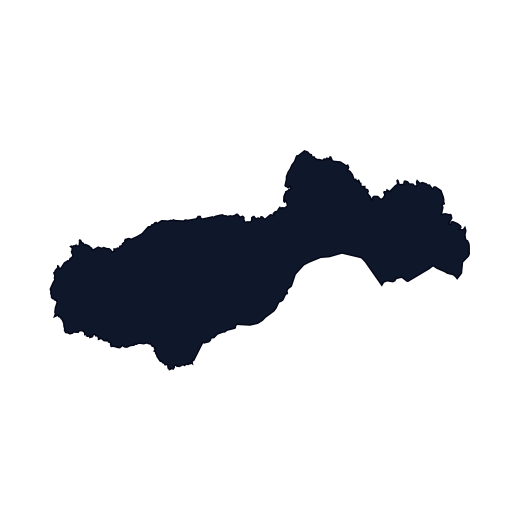 outline of Mucajaí, Roraima, Brazil, rotated 347°
{"feature_id": "56859067B90019213864957", "entity_name": "Mucajaí", "entity_type": "district", "adm_level": 2, "iso_a3": "BRA", "parent_name": "Brazil", "parent_adm1": "Roraima", "projection": "natural_earth1", "projection_center": [-62.094, 2.526], "detail": "fine", "context": "isolated", "style": "filled", "palette": "ink", "viewbox_px": 512, "rotation_deg": 347, "n_neighbors": 0, "source": "geoboundaries", "source_scale": "gbopen_adm2", "svg_char_len": 6058}
<svg xmlns="http://www.w3.org/2000/svg" viewBox="0 0 512 512"><g transform="rotate(347 256 256)"><path d="M77.4,205.1L78.8,206.7L78.0,209.4L77.2,210.1L77.2,211.7L78.0,213.7L77.0,215.3L75.8,216.4L74.4,216.5L73.2,218.4L71.8,218.7L71.1,218.3L69.7,219.5L69.0,219.1L67.5,219.9L63.2,224.1L62.0,223.9L61.1,222.9L61.3,221.6L60.6,221.1L60.2,222.9L57.2,224.9L57.3,225.6L55.2,227.0L55.7,230.3L54.7,231.7L54.7,234.4L54.0,234.6L52.4,236.3L48.1,242.0L48.3,244.1L47.6,246.7L47.9,248.2L47.5,250.3L48.2,251.7L49.9,252.5L49.8,253.3L51.5,254.5L51.9,256.5L49.0,261.2L47.4,265.5L47.7,266.9L45.9,269.8L49.8,268.9L50.1,270.6L51.7,271.6L52.1,273.3L52.8,273.9L53.6,278.4L53.1,281.4L53.3,283.6L52.7,285.4L53.3,287.7L55.4,288.5L57.0,289.9L59.9,289.9L60.2,289.2L61.0,289.0L65.6,290.3L67.0,289.1L70.1,289.7L71.9,292.1L71.5,293.9L72.2,293.7L72.8,294.4L72.9,295.6L73.6,296.3L75.9,296.5L75.8,298.0L78.2,297.9L78.9,297.3L79.1,296.4L81.2,295.8L81.7,296.3L81.8,297.7L83.5,298.1L83.8,298.7L84.1,300.3L83.8,301.8L86.7,301.4L88.9,304.3L91.3,305.0L91.5,304.3L92.2,304.4L93.1,306.7L94.4,307.4L94.8,308.4L94.3,310.2L94.6,311.6L96.8,311.8L101.1,314.2L102.7,314.7L105.8,313.1L107.5,315.0L109.7,315.8L113.1,315.0L117.0,315.4L118.7,314.7L119.7,315.1L121.3,314.6L123.2,314.8L126.8,316.2L130.1,316.1L132.3,317.7L133.4,317.4L134.5,320.4L136.2,321.5L136.7,322.5L136.9,323.2L136.4,323.4L136.9,324.2L135.4,325.7L136.5,326.4L136.4,328.7L137.1,329.7L136.9,331.3L138.7,336.2L139.1,337.0L140.4,337.3L141.0,338.9L142.2,339.6L143.0,341.6L143.8,341.4L145.5,342.1L145.2,345.3L145.4,346.0L146.1,346.2L146.1,347.2L148.6,346.7L149.9,347.5L151.2,346.2L151.7,344.7L153.3,344.0L154.1,345.5L156.6,346.4L159.4,345.6L160.7,345.6L161.7,346.6L163.9,345.6L165.3,346.4L166.8,346.1L167.1,345.5L167.6,346.1L169.1,345.9L169.2,345.1L171.1,343.3L171.7,343.8L184.7,328.2L185.9,329.0L190.8,328.9L192.4,327.9L193.8,325.7L196.7,326.0L200.8,323.3L206.9,322.6L208.4,322.9L211.2,321.7L218.9,321.6L219.6,321.3L220.6,319.0L222.2,318.3L234.6,321.9L242.5,321.9L247.9,320.0L251.0,317.9L261.1,313.5L263.7,311.3L267.7,306.1L270.9,305.5L272.4,304.7L276.3,299.7L277.6,299.8L278.2,299.3L278.1,297.4L278.8,296.0L280.0,294.9L283.6,293.3L290.1,282.6L300.5,275.3L306.5,273.8L318.7,271.8L327.3,273.1L340.4,272.4L358.4,281.3L361.2,286.0L372.0,312.8L374.3,310.3L375.4,310.0L378.2,309.6L383.6,311.8L385.7,311.3L386.7,310.0L388.2,309.4L392.9,309.4L394.2,310.4L397.4,314.4L398.3,314.8L421.7,307.3L425.8,305.4L426.8,305.6L429.7,308.7L436.5,313.7L438.6,315.8L444.0,318.5L445.9,321.0L446.9,323.3L452.3,318.9L455.8,308.4L462.8,303.9L464.2,302.0L466.0,293.8L466.1,291.6L465.5,288.9L463.9,287.3L464.3,282.4L466.1,278.6L466.0,275.2L464.0,277.0L463.3,277.1L460.0,275.6L462.1,274.1L462.0,272.8L459.7,269.9L455.6,266.9L454.5,266.8L453.6,267.4L453.0,268.9L451.8,268.8L451.4,268.2L451.7,266.9L455.2,263.2L455.3,260.0L454.7,259.3L453.3,259.2L450.1,257.5L445.9,257.2L449.0,250.7L448.7,248.5L449.1,247.6L451.0,247.6L451.3,246.9L450.9,245.8L451.6,243.4L451.7,240.7L450.9,234.0L446.5,229.2L445.2,228.8L443.3,230.2L442.7,230.1L441.0,225.9L438.9,225.5L438.2,224.1L434.6,221.9L432.0,222.2L430.0,218.8L429.1,220.1L428.9,223.1L427.9,224.0L426.2,223.4L425.0,221.3L421.4,220.3L420.4,217.8L418.3,216.6L417.4,216.6L417.0,217.2L416.2,219.5L412.2,218.9L411.4,218.0L411.4,214.9L410.9,214.0L410.3,214.4L410.3,217.5L409.5,218.3L407.5,219.0L400.8,223.3L398.5,221.1L398.1,222.3L397.3,222.6L395.4,222.2L394.9,223.0L395.4,224.9L395.0,226.1L392.8,228.3L391.0,229.0L390.1,228.8L388.0,225.4L384.7,224.5L383.5,224.8L382.5,225.8L382.0,227.2L381.3,227.5L380.8,227.2L380.6,224.1L379.0,220.9L378.8,219.8L379.9,218.1L379.6,216.6L376.9,214.8L376.7,214.0L377.5,213.6L377.7,212.8L374.3,212.0L374.1,210.8L374.5,208.9L373.3,207.8L373.4,206.3L372.8,205.2L371.5,205.9L370.8,205.7L370.4,203.7L369.2,203.7L368.7,203.2L368.2,198.5L367.2,196.1L366.5,194.6L364.5,193.1L366.2,190.4L365.8,188.1L364.1,188.4L359.4,183.4L352.6,181.1L351.7,180.0L351.1,176.4L350.5,176.1L349.6,177.1L349.6,178.1L346.9,176.6L345.5,177.7L344.3,176.8L342.2,177.9L339.3,176.2L337.6,176.0L335.3,174.1L334.9,172.5L333.5,172.5L332.9,171.8L332.7,169.7L331.1,169.0L329.7,166.3L326.9,164.5L319.9,167.8L318.1,167.7L314.8,172.7L311.6,175.3L308.8,179.1L306.3,181.4L303.6,185.4L302.8,188.5L300.2,193.9L300.6,194.8L302.0,195.6L302.5,196.5L303.2,196.8L304.5,195.6L305.1,196.2L305.3,198.0L304.2,198.8L303.1,198.6L302.0,199.6L299.5,200.1L298.8,201.6L297.9,202.3L297.6,203.5L296.8,203.8L295.4,208.7L295.8,209.9L296.4,209.7L296.5,208.7L297.1,208.5L297.5,209.0L298.1,210.9L298.0,214.3L294.8,215.7L292.1,214.8L291.1,215.7L290.2,214.0L288.2,215.6L287.6,216.8L286.6,217.3L284.7,217.2L282.5,218.5L282.2,220.4L281.4,220.5L280.6,219.6L279.2,219.1L273.7,222.0L272.2,221.8L271.2,219.7L270.2,219.0L269.6,219.0L269.1,220.2L268.3,220.5L266.7,219.5L264.2,219.9L263.0,217.2L262.3,216.9L260.5,217.7L259.8,220.4L258.5,221.7L255.2,220.8L253.6,220.9L252.5,219.8L252.3,217.5L252.9,215.9L252.4,214.8L251.9,214.3L249.1,214.6L247.3,211.2L246.2,211.0L244.8,211.7L241.6,211.9L240.2,211.1L237.0,211.1L236.0,210.2L233.8,209.6L232.7,208.4L230.4,208.2L225.8,208.2L223.4,208.8L222.4,208.1L211.9,208.0L210.0,205.7L210.5,205.0L209.1,204.5L208.5,204.5L206.4,206.4L197.8,206.0L195.2,205.0L193.3,205.7L185.4,203.4L183.6,202.2L182.5,202.7L180.9,202.1L178.1,202.2L172.1,200.4L166.9,202.2L166.4,201.0L165.3,200.8L162.8,202.4L161.4,202.3L161.1,203.2L158.9,203.6L157.7,203.3L150.1,208.7L144.7,210.4L138.5,211.6L137.5,211.6L137.0,210.8L135.6,210.3L134.1,210.4L133.7,211.1L132.5,210.4L131.6,211.6L131.7,212.6L128.7,214.0L127.9,215.9L125.5,215.9L124.9,217.4L123.9,217.6L122.7,217.1L121.7,217.9L119.3,217.2L118.9,218.3L119.3,219.2L116.8,219.8L116.2,219.4L115.9,217.8L114.5,215.9L112.0,215.2L109.6,213.5L107.3,213.9L104.2,211.9L99.6,213.3L97.7,213.1L97.6,211.5L96.1,209.9L95.9,209.1L92.7,206.6L92.3,207.1L90.9,206.3L90.7,205.2L90.1,204.3L89.2,204.0L88.6,201.3L87.9,200.8L87.4,201.3L87.4,202.3L85.8,206.6L84.3,206.3L83.4,205.0L82.7,205.0L82.1,205.8L81.0,205.1L78.8,205.5L78.2,204.8L77.4,205.1ZM169.1,345.9L169.8,346.7L169.9,344.7L169.1,345.9Z" fill="#0f172a" stroke="#020617" stroke-width="1.5"/></g></svg>